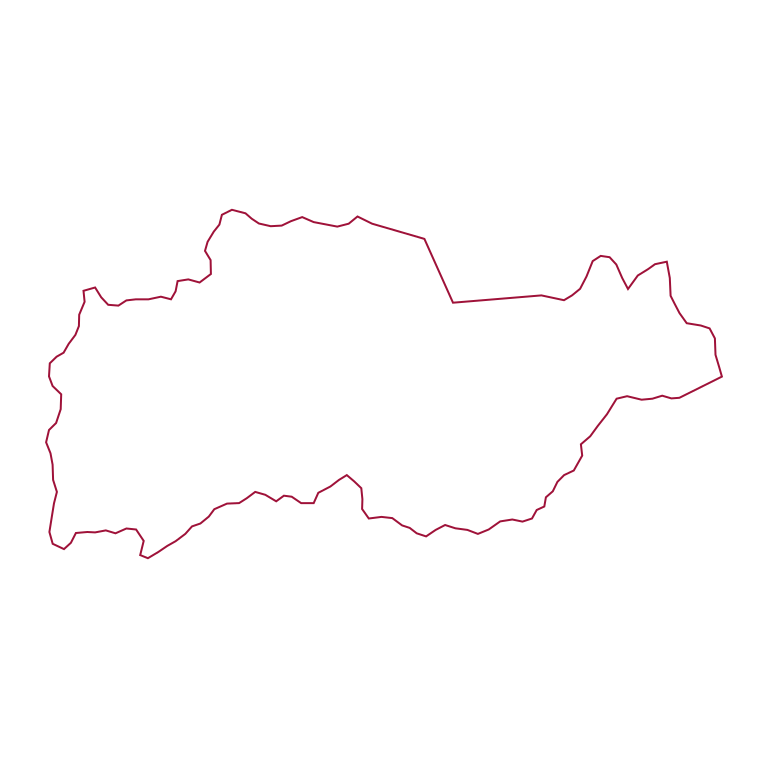 Caturaí, Goiás, Brazil
{"feature_id": "56859067B16617210056848", "entity_name": "Caturaí", "entity_type": "district", "adm_level": 2, "iso_a3": "BRA", "parent_name": "Brazil", "parent_adm1": "Goiás", "projection": "natural_earth1", "projection_center": [-49.588, -16.454], "detail": "fine", "context": "isolated", "style": "outline", "palette": "rose", "viewbox_px": 768, "rotation_deg": 0, "n_neighbors": 0, "source": "geoboundaries", "source_scale": "gbopen_adm2", "svg_char_len": 2040}
<svg xmlns="http://www.w3.org/2000/svg" viewBox="0 0 768 768"><path d="M46.1,442.3L50.5,453.3L52.6,464.7L53.1,479.9L56.9,491.9L54.0,503.3L51.8,516.9L49.4,532.0L52.7,543.8L64.0,549.1L70.9,542.8L75.9,533.0L87.3,532.0L95.1,532.4L105.8,530.4L115.5,533.3L126.4,528.5L136.1,529.5L143.7,540.9L140.2,555.1L147.9,558.2L158.3,552.0L167.3,545.9L175.6,541.2L185.3,533.9L192.0,526.4L200.4,523.5L208.8,516.6L214.3,509.2L227.0,503.6L239.1,503.1L246.8,498.2L255.2,491.9L265.3,494.8L276.2,501.3L283.9,495.7L291.7,496.7L301.1,503.1L313.7,503.1L318.3,492.8L330.4,486.5L339.0,479.9L346.8,475.1L354.1,481.3L361.3,488.2L362.4,499.2L362.1,509.0L368.8,518.5L381.5,516.9L392.3,518.1L402.1,525.4L409.7,527.9L416.7,533.3L426.1,536.4L435.7,529.9L445.1,525.0L455.4,528.3L467.4,529.9L477.9,533.9L488.7,529.5L500.2,521.4L512.3,519.5L522.5,521.6L532.0,518.5L536.7,510.0L544.3,506.5L545.9,497.3L552.8,491.3L557.4,481.9L564.1,475.1L573.8,470.5L582.2,455.6L580.9,444.3L590.2,436.3L597.8,425.9L607.0,414.2L612.0,406.1L616.6,398.7L627.1,396.2L641.6,399.7L652.4,398.7L662.2,395.7L671.4,398.4L679.4,397.8L721.9,376.6L719.3,367.5L715.5,354.8L714.9,338.4L709.6,328.4L700.8,325.5L686.7,323.2L679.5,313.1L674.7,303.9L670.6,295.8L669.8,278.0L666.8,261.7L655.0,264.2L648.0,269.2L637.8,275.5L628.0,289.0L622.2,278.0L616.3,264.5L609.6,257.2L600.7,255.9L592.7,261.1L586.5,276.5L580.1,288.8L572.0,295.4L564.0,300.2L541.4,295.4L453.0,302.7L424.4,238.9L372.1,223.7L357.5,216.5L348.7,223.7L337.3,226.6L324.2,224.1L313.7,222.1L302.2,217.1L290.9,221.2L281.7,225.6L270.7,226.2L258.9,223.5L251.7,218.7L245.5,213.3L231.9,209.8L221.9,214.8L219.4,224.6L213.8,231.6L207.6,241.8L205.0,250.9L210.6,260.1L210.9,274.0L199.6,282.5L188.3,279.4L177.6,281.1L175.6,291.3L171.0,299.3L160.9,296.7L148.6,299.3L136.1,299.3L126.4,300.4L118.4,305.6L108.2,304.8L101.2,297.3L95.1,287.5L83.5,290.8L84.6,301.8L79.2,314.7L78.9,326.1L75.4,334.9L68.7,343.8L63.6,352.7L56.6,356.7L49.8,363.3L49.0,376.4L52.6,386.0L61.2,394.3L60.7,409.2L56.1,423.0L49.0,430.0L46.1,442.3Z" fill="none" stroke="#9f1239" stroke-width="2"/></svg>